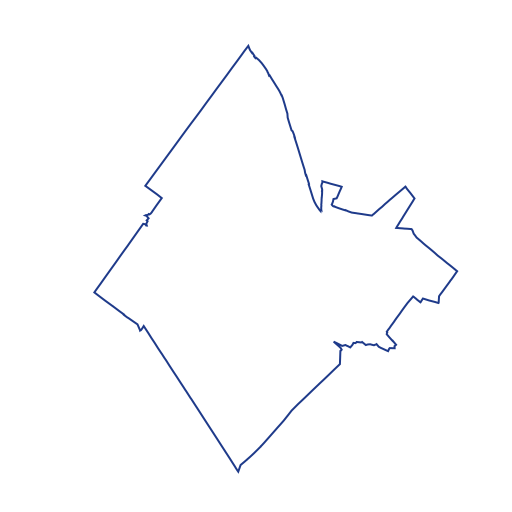 the district of Daudzeses pag., Jaunjelgavas, Latvia, rotated 48°
{"feature_id": "27541924B85634825101780", "entity_name": "Daudzeses pag.", "entity_type": "district", "adm_level": 2, "iso_a3": "LVA", "parent_name": "Latvia", "parent_adm1": "Jaunjelgavas", "projection": "orthographic", "projection_center": [25.199, 56.482], "detail": "fine", "context": "isolated", "style": "outline", "palette": "blue", "viewbox_px": 512, "rotation_deg": 48, "n_neighbors": 0, "source": "geoboundaries", "source_scale": "gbopen_adm2", "svg_char_len": 5802}
<svg xmlns="http://www.w3.org/2000/svg" viewBox="0 0 512 512"><g transform="rotate(48 256 256)"><path d="M211.3,393.6L215.8,392.7L216.5,392.4L220.8,391.4L227.5,389.8L229.3,390.4L233.4,391.8L233.8,392.0L233.8,391.9L234.1,391.2L233.7,389.0L232.9,386.3L236.8,386.9L241.3,387.6L247.0,388.6L252.5,389.4L258.9,390.5L265.0,391.4L265.3,391.4L270.1,392.2L273.8,392.7L279.6,393.7L286.6,394.8L292.7,395.7L299.5,396.8L304.8,397.6L308.4,398.2L309.4,398.3L317.9,399.7L318.4,399.7L327.2,401.1L334.2,402.2L340.9,403.3L346.6,404.2L353.5,405.3L359.8,406.3L366.1,407.3L374.7,408.7L381.6,409.8L388.0,410.8L393.9,411.8L398.8,412.6L399.6,412.8L403.5,413.4L404.4,413.5L401.0,407.3L401.2,402.3L401.3,395.1L401.2,389.3L400.8,380.9L400.8,380.1L400.8,379.9L400.6,379.7L400.6,378.6L400.3,375.3L399.3,366.6L398.3,358.0L397.9,354.7L397.5,350.8L396.9,345.7L395.5,337.4L394.7,332.9L394.2,323.7L394.0,314.8L393.6,303.4L393.3,293.4L393.2,288.0L393.0,281.1L392.7,273.4L392.5,266.0L388.6,262.2L383.0,256.8L383.1,255.8L382.9,255.0L380.8,254.6L378.5,254.8L371.6,255.6L375.0,254.2L380.5,252.1L380.9,251.3L382.0,249.1L383.6,248.5L384.4,248.1L386.2,247.4L387.0,247.1L386.6,244.0L386.3,243.0L385.8,241.7L387.2,240.5L387.5,238.7L387.4,238.6L388.7,237.4L389.4,236.8L389.8,236.4L390.2,236.1L390.5,235.8L390.8,235.4L390.9,235.2L390.9,234.7L392.3,234.5L393.4,234.3L394.8,234.1L395.6,234.0L395.7,233.8L395.8,233.7L395.9,233.4L396.2,232.8L396.5,232.2L397.0,231.5L397.3,231.1L397.8,230.5L398.0,230.2L398.8,229.7L399.6,229.2L400.3,228.7L400.9,228.3L401.1,228.2L401.3,228.0L401.4,227.7L401.5,227.3L401.8,226.5L402.0,226.2L402.2,225.5L402.2,225.4L405.6,225.5L407.8,224.7L408.1,224.6L408.7,224.3L413.1,222.4L415.1,221.5L414.1,219.3L414.1,219.0L413.9,218.3L417.3,214.7L415.7,213.4L415.7,211.3L410.5,211.1L410.5,211.3L405.5,211.3L401.6,211.2L400.8,210.1L400.7,209.7L399.8,209.5L399.2,207.0L398.9,205.1L398.4,203.1L398.1,201.9L397.9,200.7L397.4,198.4L397.1,196.8L397.0,196.7L396.9,196.4L396.5,194.6L396.5,194.4L396.4,194.3L396.0,192.3L395.1,187.8L394.7,186.1L394.5,185.3L394.2,184.0L393.3,179.8L392.3,174.8L391.9,171.7L391.7,170.0L391.3,167.0L391.2,166.3L391.9,166.1L392.7,166.0L393.9,165.8L394.2,165.7L394.7,165.7L395.2,165.6L395.5,165.6L397.1,165.4L397.9,165.2L399.2,165.0L400.5,164.8L400.5,164.7L400.1,163.4L399.9,162.7L399.3,160.4L400.3,159.8L404.9,157.1L409.7,153.9L413.0,151.9L413.0,151.6L412.3,150.9L409.3,147.8L408.4,146.9L407.9,144.9L407.4,142.1L406.6,138.3L406.1,135.9L405.8,134.5L405.0,130.6L404.6,128.7L404.4,128.2L404.2,126.7L403.8,124.8L403.6,124.1L403.6,123.8L403.5,123.5L402.7,120.2L401.9,116.7L394.5,117.8L390.4,118.5L389.5,118.7L387.4,119.0L382.7,119.7L382.0,119.8L377.2,120.7L373.0,121.1L370.0,121.5L366.5,122.0L364.6,122.3L361.6,122.8L358.6,123.2L355.6,123.5L352.7,123.9L349.8,124.3L346.9,124.0L345.0,123.9L342.0,122.7L341.8,122.6L341.6,122.6L340.1,122.4L336.9,125.4L334.6,127.7L334.1,128.1L331.5,130.6L330.7,131.3L329.0,133.0L328.5,131.6L328.4,131.2L327.7,128.7L327.0,126.5L326.1,123.1L325.8,122.0L325.3,120.5L323.9,115.6L323.0,112.5L322.6,111.1L322.2,109.7L320.1,102.3L320.0,102.1L319.3,99.7L317.0,99.5L311.9,99.1L311.4,99.1L309.3,99.0L307.3,98.9L306.4,98.8L304.7,98.5L304.4,98.5L304.4,100.3L304.3,103.5L304.2,106.3L304.0,111.9L303.9,116.9L303.8,118.7L303.8,122.0L303.7,125.3L303.8,129.4L303.6,132.9L303.6,133.8L303.6,134.8L303.6,136.1L303.6,137.4L303.6,139.7L303.6,140.6L303.5,141.0L303.5,141.4L303.5,142.8L301.4,144.6L298.1,147.3L295.5,149.4L292.5,151.9L292.3,152.1L291.6,152.6L287.8,155.8L284.7,157.5L282.4,158.5L282.5,158.6L282.4,158.7L279.6,160.4L275.7,162.6L271.5,164.8L271.4,164.7L271.0,165.2L270.3,165.4L268.9,165.4L268.5,165.3L268.5,165.2L267.0,162.3L265.5,160.3L267.1,157.5L266.1,155.1L265.0,152.8L263.8,150.2L262.7,147.6L261.9,146.0L259.7,147.3L252.2,152.2L249.5,153.8L249.2,154.0L245.8,156.2L244.9,156.7L245.5,157.2L246.0,157.8L246.4,158.8L247.7,160.7L250.7,162.2L251.1,162.6L251.7,163.3L251.8,163.2L252.6,164.0L253.3,164.6L254.9,166.2L255.5,166.9L256.4,167.8L256.6,168.2L257.0,168.5L257.7,169.3L258.3,169.8L259.7,171.2L260.3,171.8L260.8,172.3L261.1,172.7L261.5,173.1L262.3,173.7L262.7,174.1L262.9,174.3L263.1,174.6L263.4,174.9L263.9,175.3L264.3,175.7L264.7,176.1L265.0,176.3L264.9,176.3L265.2,177.1L265.2,177.3L265.2,177.5L265.3,177.6L265.7,178.0L264.8,178.0L263.8,177.9L262.1,177.7L260.3,177.5L258.4,177.2L254.8,176.3L251.5,175.1L244.8,172.0L238.0,168.9L238.0,168.4L233.3,166.3L229.6,164.6L229.5,165.0L227.0,163.8L224.5,162.2L221.8,161.0L217.0,158.8L209.1,155.1L204.2,152.8L199.4,150.6L193.6,148.0L193.8,147.8L191.0,146.5L187.8,145.3L186.4,145.5L178.8,142.0L174.4,139.9L171.2,137.4L166.9,135.4L162.9,133.4L156.5,130.4L153.9,129.4L153.8,129.6L150.8,128.7L148.9,128.2L146.3,127.7L143.7,127.3L138.1,126.3L135.6,125.9L130.9,125.0L130.8,125.6L128.7,124.8L128.5,124.6L126.9,124.3L126.4,124.0L123.9,123.5L119.7,123.0L116.5,122.7L112.3,122.7L108.8,123.2L108.7,124.0L106.5,123.9L106.4,123.3L102.6,122.7L102.6,123.1L101.5,123.0L99.2,122.7L97.3,122.1L94.7,121.1L95.9,127.5L96.7,131.1L98.5,139.6L100.2,148.1L102.0,156.5L103.7,164.9L105.4,173.3L107.2,181.8L108.9,190.2L110.7,198.6L112.4,207.0L114.0,215.3L115.5,222.7L117.1,230.4L119.0,239.4L120.8,248.0L122.6,256.7L124.4,265.3L126.2,274.0L128.0,282.6L129.8,291.3L136.9,289.8L144.0,288.3L149.9,287.3L151.8,296.1L153.5,303.3L153.6,303.7L153.7,303.9L154.0,305.7L153.8,307.3L153.3,307.5L153.1,307.6L153.3,308.1L152.4,310.0L152.0,310.4L151.9,310.7L151.8,311.1L152.3,310.8L152.8,310.6L153.3,310.5L156.1,310.6L156.4,313.4L157.6,313.3L158.7,316.1L160.3,316.8L159.9,317.2L158.4,317.0L156.6,318.3L158.5,326.8L160.4,335.2L162.3,343.6L162.4,343.9L163.6,349.7L165.2,357.0L166.9,364.4L168.8,373.1L170.7,381.7L172.5,389.7L174.1,397.1L174.9,400.5L182.9,399.0L188.1,398.0L193.8,396.8L199.5,395.6L205.2,394.5L210.9,393.3L210.9,393.6L211.3,393.6Z" fill="none" stroke="#1e3a8a" stroke-width="2"/></g></svg>